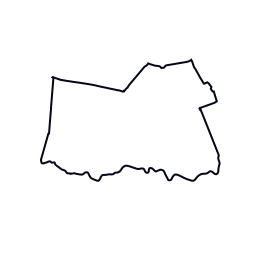 Amstelveen, Noord-Holland, Netherlands (Albers equal-area conic projection), rotated 70°
{"feature_id": "6326949B86462259358438", "entity_name": "Amstelveen", "entity_type": "district", "adm_level": 2, "iso_a3": "NLD", "parent_name": "Netherlands", "parent_adm1": "Noord-Holland", "projection": "albers", "projection_center": [4.846, 52.286], "detail": "fine", "context": "isolated", "style": "outline", "palette": "ink", "viewbox_px": 256, "rotation_deg": 70, "n_neighbors": 0, "source": "geoboundaries", "source_scale": "gbopen_adm2", "svg_char_len": 5435}
<svg xmlns="http://www.w3.org/2000/svg" viewBox="0 0 256 256"><g transform="rotate(70 128 128)"><path d="M54.6,181.6L54.9,181.3L55.3,180.9L82.6,193.4L83.0,193.5L93.0,198.1L106.2,204.1L106.0,204.7L128.3,220.8L130.9,221.1L131.3,221.0L131.6,220.9L131.8,220.8L132.0,220.5L132.1,220.3L132.3,219.6L132.3,219.2L132.5,216.7L132.4,214.3L132.4,213.8L132.5,213.5L132.5,213.2L132.6,212.9L132.7,212.7L132.8,212.6L133.1,212.3L133.2,212.2L134.4,211.7L134.5,211.6L134.7,211.0L134.8,210.3L134.8,209.9L134.9,209.6L135.1,209.0L135.3,208.8L135.7,208.8L137.0,208.8L137.6,208.7L138.7,208.1L139.3,207.8L140.4,207.0L141.2,206.4L141.8,206.1L142.5,205.7L143.1,205.2L143.5,204.9L144.2,204.5L144.6,204.1L144.9,203.7L145.2,203.2L145.9,202.4L146.6,201.8L147.0,201.6L147.4,201.4L148.1,201.2L148.6,201.1L149.0,200.9L149.6,200.7L149.8,200.5L150.0,200.0L150.5,198.8L151.2,197.4L151.4,197.0L151.5,197.1L151.8,195.9L151.9,194.8L152.2,193.8L152.9,192.9L153.8,191.5L154.6,190.2L155.3,188.9L155.8,187.8L156.1,187.1L156.0,185.9L155.5,184.5L155.2,183.4L155.3,182.5L155.6,181.8L156.0,181.2L156.6,180.8L157.4,180.7L158.2,180.7L160.3,180.4L161.6,180.2L162.2,179.9L163.0,179.4L164.2,178.2L165.5,176.7L166.8,175.3L167.2,174.5L167.4,174.1L167.4,173.8L167.3,173.5L167.1,172.9L166.3,171.8L164.8,170.2L164.5,169.9L164.1,169.4L163.7,168.6L163.5,168.2L163.5,167.9L163.6,167.5L164.3,165.5L164.7,163.6L164.9,162.2L165.0,161.8L165.2,161.2L165.9,159.6L166.1,158.8L166.2,158.4L166.3,158.1L166.2,157.7L166.1,157.1L165.8,156.0L165.7,155.7L165.7,155.3L165.8,154.6L166.1,153.6L166.2,153.0L166.3,152.7L166.2,151.6L166.0,150.6L165.3,149.4L164.2,147.9L163.6,147.1L163.4,146.6L163.1,146.0L162.9,145.3L162.8,144.9L162.7,144.5L162.6,144.1L162.6,143.7L162.6,143.3L162.8,142.6L163.0,142.2L163.3,141.5L164.3,140.0L168.6,134.6L169.4,133.6L169.8,132.8L170.0,132.3L170.4,131.3L170.5,129.9L170.5,129.5L170.7,129.0L170.8,128.6L171.1,128.1L171.2,127.9L171.6,127.4L171.8,127.2L172.1,127.1L172.6,127.0L174.4,126.8L175.0,126.7L175.3,126.6L175.8,126.3L176.2,126.0L176.5,125.7L176.7,125.3L176.8,125.0L176.8,124.7L176.7,124.4L176.6,124.1L176.2,123.6L174.0,122.4L173.6,122.0L173.4,121.8L173.3,121.7L173.2,121.4L173.2,120.9L173.3,120.6L173.3,120.4L173.5,120.2L173.7,119.8L174.1,119.3L174.4,119.1L175.1,118.6L176.2,118.1L177.4,117.5L177.9,117.2L178.1,117.0L178.2,116.9L178.4,116.6L178.4,116.2L178.4,115.8L178.3,114.2L178.2,112.9L178.2,112.6L178.2,112.2L178.4,111.7L178.5,111.3L178.6,111.0L179.7,109.7L180.3,109.3L180.7,109.1L182.0,108.9L182.6,108.8L183.9,108.8L185.6,108.6L188.4,108.2L188.9,108.1L189.8,108.1L190.1,108.1L190.4,108.0L190.8,107.8L190.9,107.6L191.2,107.3L191.3,107.1L191.4,106.7L191.5,106.5L191.5,106.1L191.5,105.8L191.4,105.5L191.3,105.1L190.8,104.5L190.3,103.9L189.7,103.3L189.4,103.0L189.1,102.7L188.8,102.1L188.4,101.4L188.2,101.1L188.1,100.9L188.0,100.4L187.9,99.8L188.0,99.3L188.1,98.9L188.4,98.3L188.7,97.8L189.1,97.3L189.7,96.6L192.7,93.6L194.2,92.3L194.9,91.5L196.3,90.0L198.0,87.8L198.4,87.3L199.1,86.5L199.5,85.8L199.7,85.2L199.9,84.3L199.6,83.1L199.4,82.5L197.8,80.1L197.4,79.1L197.0,78.2L196.9,77.8L196.7,77.3L196.6,76.6L196.4,75.3L196.5,74.0L196.7,73.0L197.1,72.1L197.4,70.8L197.6,69.8L197.5,68.7L197.3,67.7L196.8,66.2L196.7,65.9L196.7,65.7L196.8,65.4L196.9,65.1L197.0,64.9L197.2,64.6L198.4,63.6L200.1,62.7L201.0,61.9L201.6,61.0L201.4,59.5L199.9,58.1L196.9,56.8L195.9,56.2L195.1,55.7L193.6,54.7L193.1,54.3L192.5,54.0L191.9,53.9L191.0,53.8L189.0,53.8L187.6,53.6L186.2,53.1L185.2,52.2L183.6,52.0L183.3,52.0L182.8,52.0L181.4,52.1L167.2,52.5L139.9,53.3L135.8,53.5L135.5,53.5L135.4,54.1L134.3,54.1L134.3,53.8L134.1,53.8L134.1,53.4L133.8,53.4L133.9,40.2L133.9,38.5L133.8,37.8L133.8,37.5L133.6,36.8L133.3,35.4L127.7,35.2L123.1,34.9L123.1,35.0L122.7,35.7L122.6,35.9L122.5,36.0L119.6,36.8L117.9,35.6L113.5,37.0L112.2,37.9L112.4,40.1L112.4,41.2L112.1,41.3L112.1,41.6L105.0,43.0L95.0,44.6L93.8,45.1L92.3,45.1L87.0,45.0L86.9,45.0L86.7,45.1L86.5,45.4L85.6,45.4L85.8,46.0L85.9,46.5L86.0,47.1L86.1,48.0L86.1,48.9L86.1,49.3L86.0,50.1L82.6,68.6L82.2,70.7L82.2,71.0L82.3,71.2L82.4,71.6L82.6,72.0L83.1,72.7L83.2,72.8L83.4,73.1L83.5,73.4L83.6,73.6L83.5,73.9L83.4,74.4L83.2,75.0L83.0,75.8L83.0,76.0L82.9,76.1L82.7,76.3L82.1,76.6L81.3,76.9L81.0,77.1L80.7,77.3L80.5,77.6L78.9,80.8L78.4,81.7L76.1,84.7L74.9,86.2L74.5,86.6L74.2,86.9L74.9,87.9L75.1,88.3L75.4,88.7L75.7,89.4L75.7,89.5L75.8,90.3L76.1,91.5L76.3,91.9L87.2,110.9L88.4,112.9L89.0,113.6L89.4,114.1L89.5,114.3L89.9,114.5L90.0,114.9L90.1,115.5L90.9,117.1L91.5,118.0L91.7,118.4L92.1,118.9L91.6,119.2L92.0,119.9L92.1,120.2L92.0,120.5L91.7,120.9L91.5,121.2L91.2,121.4L90.3,122.5L88.9,124.7L88.9,124.9L88.9,125.1L88.5,125.7L87.8,126.6L87.6,126.9L87.6,127.0L86.8,128.2L86.7,128.3L86.7,128.5L86.4,128.9L85.2,130.8L84.2,132.5L83.1,134.1L83.0,134.3L82.5,135.3L82.5,135.2L82.4,135.3L81.5,136.7L81.3,137.0L81.2,137.3L77.3,143.4L77.0,143.8L76.5,144.6L76.2,145.1L76.1,145.3L75.1,146.9L74.4,148.1L74.2,148.4L73.9,149.0L73.5,149.7L73.3,150.0L69.1,157.7L69.0,157.8L67.7,160.3L66.1,163.3L65.5,164.4L65.4,164.7L65.1,165.1L64.9,165.5L64.2,166.8L64.0,167.0L63.6,168.0L63.0,169.0L61.6,171.5L61.4,171.7L61.3,172.0L61.2,172.1L61.0,172.5L60.9,172.8L60.5,173.5L60.4,173.5L60.3,173.8L60.0,174.4L59.9,174.4L59.8,174.7L59.2,175.4L59.3,175.4L59.2,175.6L58.6,176.2L58.3,176.6L58.2,176.6L58.1,176.8L57.5,177.6L57.4,177.7L57.2,177.9L57.0,178.2L56.9,178.3L56.6,178.7L55.8,179.7L55.5,180.1L55.4,180.2L54.9,180.7L54.4,181.2L54.6,181.6Z" fill="none" stroke="#020617" stroke-width="2"/></g></svg>